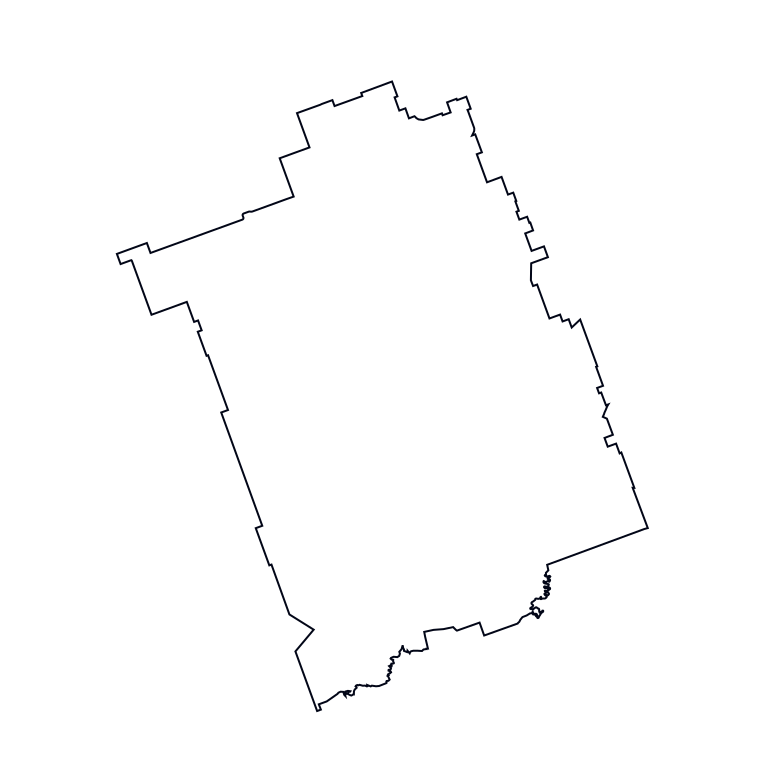 outline of Wyalkatchem, Western Australia, Australia, rotated 160°
{"feature_id": "25037944B8068903410129", "entity_name": "Wyalkatchem", "entity_type": "district", "adm_level": 2, "iso_a3": "AUS", "parent_name": "Australia", "parent_adm1": "Western Australia", "projection": "orthographic", "projection_center": [117.394, -31.195], "detail": "fine", "context": "isolated", "style": "outline", "palette": "ink", "viewbox_px": 768, "rotation_deg": 160, "n_neighbors": 0, "source": "geoboundaries", "source_scale": "gbopen_adm2", "svg_char_len": 6092}
<svg xmlns="http://www.w3.org/2000/svg" viewBox="0 0 768 768"><g transform="rotate(160 384 384)"><path d="M305.9,662.0L335.4,662.1L335.4,668.4L346.7,668.4L348.4,668.2L373.1,668.3L373.1,631.8L404.8,631.8L404.8,591.0L412.5,591.1L448.7,591.1L449.8,591.3L451.5,592.1L452.0,592.2L457.7,592.2L458.5,591.9L459.1,591.2L459.2,590.7L459.2,588.3L459.4,587.8L459.8,587.3L460.1,587.1L460.7,586.9L461.2,586.9L558.6,587.0L558.6,597.6L590.5,597.6L590.5,586.8L579.7,586.8L579.0,586.7L578.8,586.0L578.8,528.6L541.2,528.6L541.2,507.3L537.0,507.3L537.0,496.8L541.1,496.8L541.1,471.2L539.5,471.2L539.5,412.9L546.7,412.9L546.9,292.4L553.8,292.4L553.8,252.8L551.5,252.8L551.7,199.8L534.1,177.2L558.7,163.0L558.7,102.3L558.7,99.6L554.7,99.6L554.8,105.3L546.4,105.3L533.7,108.7L532.4,109.5L530.0,109.7L527.5,108.6L527.7,105.6L527.0,104.0L526.8,105.7L526.3,106.1L525.8,105.6L524.9,105.9L526.0,107.7L525.5,108.2L522.9,108.0L520.7,106.8L521.1,106.5L522.5,106.8L523.8,105.7L524.0,105.1L522.0,103.0L521.1,102.4L519.4,102.7L519.1,102.9L518.5,102.6L517.3,105.6L516.0,106.9L513.6,107.9L513.5,108.8L514.1,109.6L513.5,110.1L512.1,110.3L511.0,109.6L509.9,109.7L507.1,107.7L505.0,107.1L503.5,105.7L502.9,105.7L502.7,106.9L499.9,104.4L498.6,104.7L494.9,102.7L491.9,101.9L484.4,102.1L483.8,102.3L483.6,103.5L483.1,104.0L481.3,103.6L479.8,104.3L480.1,107.8L480.6,108.5L480.2,109.0L479.2,108.9L479.3,109.8L478.3,110.0L477.9,110.2L477.3,110.1L476.7,110.5L476.0,110.6L476.0,111.4L477.8,113.1L477.4,113.8L475.6,113.5L474.8,114.1L474.7,115.0L475.7,117.2L475.0,117.3L473.5,116.1L473.1,116.5L473.3,118.1L472.7,118.7L471.4,118.2L470.3,118.2L470.1,118.6L470.3,120.2L469.7,121.7L471.0,122.3L471.7,123.7L471.1,124.2L468.3,124.4L464.9,122.8L462.7,123.3L461.3,125.1L461.2,127.1L458.2,128.8L455.8,132.1L456.3,129.2L456.0,127.8L456.5,126.4L453.9,124.1L453.5,124.4L453.1,125.3L452.0,122.1L451.0,123.2L449.9,123.6L447.6,123.3L444.0,122.0L439.6,120.1L437.7,121.0L435.1,120.5L434.9,120.7L434.4,120.3L433.7,120.8L433.2,120.5L431.8,132.3L431.0,137.3L421.5,136.0L411.9,133.3L402.2,131.9L400.5,128.3L399.8,127.3L375.8,127.1L375.9,113.4L340.3,113.2L339.7,113.7L338.3,114.2L338.1,114.4L337.6,114.8L336.7,115.7L333.8,117.5L333.4,117.6L329.1,117.7L325.3,118.5L323.3,118.0L323.1,118.1L322.7,118.8L322.4,119.0L322.2,118.9L322.0,118.7L321.9,118.4L322.0,118.0L322.7,117.2L322.8,116.9L322.6,116.4L322.0,116.4L321.7,116.1L321.3,116.4L321.0,116.4L321.0,115.9L320.8,115.7L320.5,115.7L320.2,116.0L319.9,116.1L319.6,116.0L319.3,115.6L319.2,115.3L319.2,114.8L319.1,114.3L319.1,114.2L319.7,114.1L320.4,114.3L320.6,114.2L320.5,113.7L319.9,113.3L319.8,113.1L319.7,112.9L319.9,112.3L319.8,111.7L319.4,111.4L319.0,111.4L318.5,111.6L317.9,112.4L316.3,113.6L315.0,114.7L314.2,115.1L312.7,115.5L312.3,115.7L312.0,116.3L312.0,116.5L312.6,116.8L313.4,116.2L314.3,116.3L314.6,116.1L315.3,115.5L315.6,115.6L315.9,115.9L315.9,117.5L315.3,119.1L315.3,119.7L315.6,120.2L316.4,120.6L316.8,121.6L317.0,121.8L317.3,122.1L318.0,122.2L319.5,121.8L320.2,121.9L320.5,121.7L320.6,121.3L320.8,121.1L321.4,120.9L321.6,121.1L321.8,121.7L322.1,122.0L322.5,122.3L323.1,122.4L323.4,122.7L323.4,122.9L323.3,123.2L323.1,123.4L322.6,123.6L321.5,123.7L319.7,124.6L319.6,125.0L319.7,125.5L320.5,127.0L320.4,127.7L320.2,128.0L319.3,128.5L318.3,128.6L315.9,129.4L315.7,129.5L315.3,130.3L314.9,130.4L314.5,130.4L314.0,130.2L312.7,129.4L311.7,129.2L310.6,129.4L310.3,129.6L309.8,130.2L309.5,130.3L309.3,130.3L309.2,130.1L309.2,129.9L309.4,129.3L310.2,128.7L310.3,128.5L310.3,128.3L310.1,128.2L309.7,128.1L309.1,128.2L308.3,128.1L307.2,127.8L306.6,127.5L305.8,127.4L305.1,127.6L304.4,127.9L303.9,128.3L303.8,128.6L304.2,129.6L305.0,130.8L305.1,131.6L305.1,131.8L304.9,132.0L304.3,132.1L304.0,131.9L303.9,131.8L304.0,131.6L304.3,130.9L304.2,130.6L304.0,130.4L303.4,130.4L303.1,129.7L302.8,129.4L302.2,129.4L301.9,129.5L300.9,130.1L300.8,130.3L300.7,130.8L301.0,131.6L302.5,133.0L303.4,133.5L303.7,134.1L303.6,134.7L303.4,134.8L303.2,134.7L302.6,134.4L302.0,133.8L301.5,133.6L301.1,133.6L300.0,133.8L299.6,134.2L298.2,134.5L297.9,134.9L297.8,135.4L298.2,136.2L298.6,136.3L299.0,136.2L299.8,135.5L300.2,135.4L300.4,135.6L300.7,136.5L301.0,136.8L302.0,136.9L302.7,137.3L303.0,137.9L303.1,138.4L302.8,138.8L302.4,138.9L302.0,138.8L301.4,138.3L300.9,138.0L299.8,137.8L298.9,138.0L298.6,138.2L297.8,139.0L297.7,139.3L297.9,139.6L298.5,140.1L300.9,141.4L301.2,141.8L301.5,142.0L301.8,142.5L301.9,143.0L301.9,143.4L301.5,144.1L301.3,144.2L301.0,143.9L301.0,143.4L300.9,143.3L300.5,143.2L299.8,142.7L299.1,142.5L297.8,142.8L297.3,142.8L297.0,142.6L296.7,141.9L296.4,141.7L296.2,141.7L295.8,142.0L295.2,142.5L295.0,143.1L295.0,143.5L295.4,143.8L296.6,144.5L296.8,145.0L296.7,145.1L296.5,145.4L296.1,145.6L294.2,145.8L293.6,146.2L293.7,146.6L294.1,147.1L294.9,147.2L295.4,147.0L295.9,146.6L296.4,146.5L296.6,146.6L296.7,147.0L296.7,147.4L296.7,147.6L296.9,147.7L297.6,147.8L298.0,148.0L298.3,148.5L298.4,149.1L298.2,149.3L297.3,148.8L297.0,148.7L296.9,149.9L296.4,151.2L293.3,152.7L292.5,158.3L189.1,158.7L185.4,158.4L185.8,201.4L184.3,200.8L184.4,238.5L186.3,238.2L186.3,248.6L195.2,248.6L195.2,257.9L186.3,258.0L186.4,275.2L189.6,278.3L187.5,280.5L186.6,281.7L184.6,283.7L181.9,286.7L180.2,288.1L182.7,288.1L182.8,301.7L185.1,301.7L185.1,307.4L178.8,307.4L178.8,327.6L177.5,327.6L177.6,377.5L188.3,372.9L188.3,381.7L194.8,381.7L194.8,389.0L206.1,389.0L206.1,425.1L210.4,425.1L210.5,431.2L204.4,447.1L186.6,447.1L186.6,458.6L192.6,458.6L199.8,458.6L199.8,477.2L191.4,477.3L191.3,485.7L192.3,485.7L192.3,492.2L200.6,492.2L200.6,500.6L198.1,500.6L198.1,510.7L197.1,510.7L197.1,519.6L202.7,519.6L202.7,538.4L218.2,538.3L218.2,568.2L212.8,568.2L212.9,587.4L216.2,587.4L214.0,589.5L212.9,590.7L212.4,591.6L211.8,593.2L211.7,593.9L211.7,603.0L211.7,611.0L211.8,613.0L208.4,613.0L208.4,625.8L218.2,625.7L218.3,627.2L228.4,627.1L228.5,616.4L237.0,616.5L237.0,618.5L247.5,618.5L255.6,618.6L256.9,618.7L260.6,620.6L261.0,620.8L262.2,622.2L262.8,623.1L263.3,624.4L263.8,625.2L269.7,625.1L269.6,635.7L276.1,635.7L276.0,649.7L273.0,649.7L273.0,665.5L305.9,665.3L305.9,662.0Z" fill="none" stroke="#020617" stroke-width="2"/></g></svg>